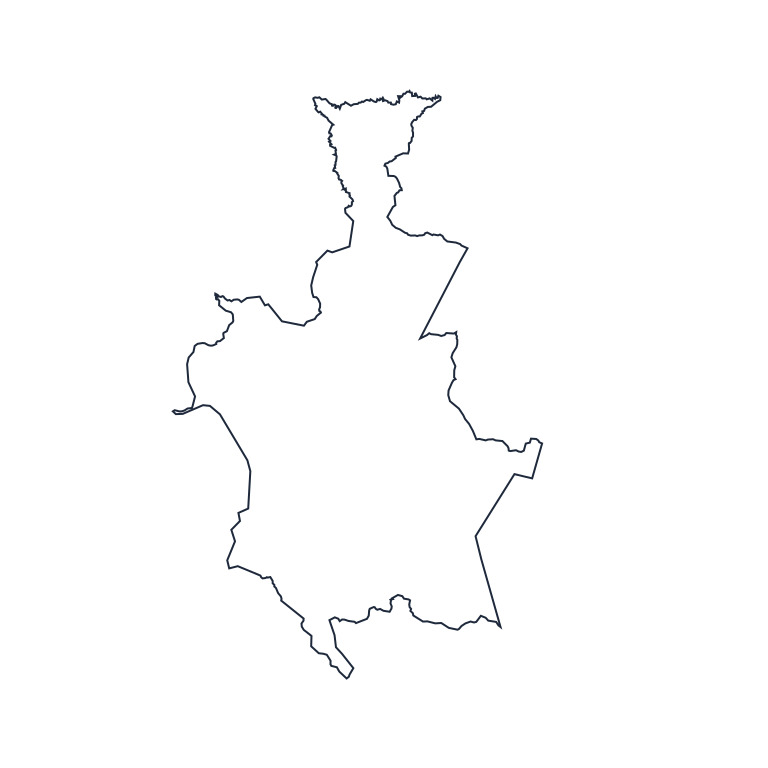 the district of Adansi Asokwa, Ashanti, Ghana, rotated 290°
{"feature_id": "2480657B45906044715427", "entity_name": "Adansi Asokwa", "entity_type": "district", "adm_level": 2, "iso_a3": "GHA", "parent_name": "Ghana", "parent_adm1": "Ashanti", "projection": "mercator", "projection_center": [-1.382, 6.167], "detail": "fine", "context": "isolated", "style": "outline", "palette": "slate", "viewbox_px": 768, "rotation_deg": 290, "n_neighbors": 0, "source": "geoboundaries", "source_scale": "gbopen_adm2", "svg_char_len": 6162}
<svg xmlns="http://www.w3.org/2000/svg" viewBox="0 0 768 768"><g transform="rotate(290 384 384)"><path d="M622.4,223.8L622.1,225.8L619.1,225.5L617.1,229.0L616.9,229.8L618.1,230.9L616.6,233.5L616.0,233.3L616.1,234.8L615.4,235.3L615.8,236.3L615.1,236.7L614.7,239.4L612.5,241.9L610.3,247.7L609.5,246.7L601.8,246.2L600.8,247.0L601.2,248.1L599.8,249.9L598.8,249.9L598.5,248.7L595.4,248.0L594.1,250.5L592.9,249.5L591.4,252.5L590.4,251.5L589.4,251.9L588.9,256.7L589.3,257.3L587.4,259.0L586.7,258.6L583.8,260.1L582.5,258.7L582.4,261.0L581.6,261.7L576.9,262.8L576.1,262.5L573.3,263.5L572.7,262.9L570.4,264.2L570.1,263.4L567.5,263.2L566.9,263.6L567.3,265.0L566.4,268.0L565.8,268.0L564.1,270.3L561.8,270.9L560.8,271.9L561.1,273.4L560.5,275.2L559.3,274.8L558.0,275.4L556.4,277.7L555.9,277.5L554.0,279.2L553.1,278.9L554.4,280.9L553.4,280.8L553.6,281.6L552.6,281.6L552.3,282.4L551.4,282.6L551.5,286.4L550.0,286.7L549.6,287.5L548.3,287.5L546.7,291.2L545.3,292.4L543.8,291.6L541.9,292.4L540.2,292.3L539.1,291.1L539.4,289.9L537.8,289.6L536.2,287.7L535.2,287.5L531.7,289.2L526.6,299.4L501.4,304.5L490.0,290.3L490.0,285.2L475.4,278.5L473.2,280.5L460.0,280.9L451.7,281.9L445.1,285.3L441.6,288.0L442.4,290.8L441.2,293.1L437.7,296.5L434.4,297.6L431.6,297.6L430.4,298.4L430.4,299.5L429.5,300.3L425.0,297.6L421.3,296.7L416.1,290.2L411.4,288.8L408.0,266.7L419.3,248.0L417.2,245.2L423.6,237.4L417.9,225.8L412.3,221.9L413.5,218.9L413.3,217.2L411.8,214.0L409.5,212.3L410.1,210.1L409.0,208.5L409.8,205.6L411.3,203.2L411.3,202.1L410.0,201.0L409.9,198.6L410.8,197.3L411.2,194.6L409.6,195.1L408.4,197.4L407.6,196.6L406.4,197.2L406.2,197.9L406.9,199.0L405.8,200.8L401.6,202.1L398.8,210.2L399.1,215.7L397.7,218.1L391.7,220.8L390.1,220.6L386.4,218.4L379.9,218.3L377.2,215.8L376.1,215.8L372.4,217.8L368.2,215.2L367.1,212.8L365.3,212.2L364.2,212.7L361.6,209.9L360.8,208.2L360.4,205.8L361.0,201.6L360.4,199.4L358.0,195.1L355.0,193.1L348.9,194.0L342.1,191.4L335.3,192.2L318.8,199.6L307.7,210.7L297.7,211.7L295.8,211.7L293.7,207.7L290.9,205.6L289.2,203.4L288.3,201.3L287.8,196.3L286.1,195.0L284.5,198.7L287.1,205.1L302.2,221.2L303.9,227.9L299.4,240.2L265.6,281.7L256.4,288.2L220.5,299.0L213.1,291.3L206.0,295.5L194.8,290.4L185.2,297.8L164.7,297.0L157.8,301.6L162.8,308.9L161.7,333.4L160.4,334.7L159.8,336.4L161.2,339.1L162.4,340.0L162.3,340.9L163.7,343.2L160.9,346.7L158.6,347.6L157.8,349.6L156.2,350.2L155.4,352.2L151.3,356.0L149.1,359.8L147.1,361.2L145.3,361.5L136.1,388.7L134.0,389.3L130.7,388.4L127.9,389.7L125.5,392.7L122.5,402.0L112.6,405.3L108.7,414.8L109.8,419.4L110.0,422.9L105.7,428.4L102.3,429.6L101.1,430.9L101.7,436.6L98.5,440.3L94.5,449.6L96.9,451.1L99.1,451.0L106.5,452.4L116.1,436.8L120.2,428.9L131.1,423.4L143.4,413.5L147.9,417.6L147.8,421.3L146.0,423.5L148.4,425.2L149.1,427.5L149.2,431.8L150.5,437.7L149.7,439.4L157.5,448.3L161.1,448.9L166.2,447.5L167.9,447.5L170.7,450.4L171.1,451.5L169.9,453.2L169.6,454.9L171.3,457.3L170.7,461.0L171.9,467.2L175.6,467.8L177.7,467.3L180.0,465.2L182.9,464.6L183.5,463.9L184.9,465.9L185.4,464.9L190.5,469.2L190.9,473.8L189.1,476.2L190.0,480.8L189.6,482.5L185.5,483.1L183.1,484.4L181.9,486.4L179.8,486.4L178.5,489.5L176.5,490.7L174.1,501.9L175.8,506.0L176.6,514.0L179.0,519.6L177.0,528.3L178.3,537.2L179.4,538.2L183.1,539.6L186.9,542.4L190.4,546.6L190.7,550.2L192.1,552.1L199.3,554.3L199.1,559.5L197.3,562.9L198.8,570.8L196.3,574.1L195.5,576.6L252.7,535.3L272.3,522.1L343.9,537.4L346.0,555.5L382.2,552.9L382.4,549.8L383.7,548.3L384.4,545.8L382.9,540.8L378.8,541.1L376.5,537.6L369.2,538.2L367.1,536.2L366.6,533.7L366.9,530.7L364.1,525.5L364.1,524.0L366.2,523.0L367.8,521.4L370.9,514.8L369.2,508.2L369.4,505.4L367.3,500.6L365.8,498.9L365.0,492.4L363.6,489.7L370.3,483.6L375.6,477.6L378.8,472.2L381.8,469.2L386.5,462.8L390.4,451.9L395.5,448.2L400.0,446.9L408.3,447.4L411.4,448.0L413.0,449.6L414.3,447.6L421.0,445.3L425.1,445.0L432.1,438.2L436.5,438.0L443.3,439.5L446.4,439.2L450.6,437.8L451.6,436.7L453.8,436.2L455.1,434.6L457.4,434.1L455.3,432.4L453.2,425.1L450.7,424.2L448.7,421.3L448.7,418.1L446.9,411.1L447.2,409.1L444.7,407.7L439.1,402.4L524.4,413.5L540.1,416.1L540.6,409.4L541.5,407.8L541.5,403.2L539.6,394.7L541.0,390.8L543.0,388.5L543.6,385.5L542.2,384.0L541.4,379.3L540.4,378.6L541.1,372.8L539.7,371.1L538.1,370.8L536.8,369.2L535.7,366.3L534.3,364.5L534.3,362.6L532.6,358.4L532.5,355.5L533.5,354.3L533.3,352.1L534.7,346.1L534.8,341.6L536.4,337.3L539.6,334.0L542.1,330.0L553.4,331.8L555.9,333.6L564.3,329.5L568.0,330.7L568.9,331.8L571.3,332.3L572.2,334.4L573.9,333.4L574.7,331.8L578.1,329.4L581.5,325.9L582.6,324.0L582.8,322.1L581.1,316.9L587.6,313.4L589.1,311.8L589.3,309.8L591.5,309.9L593.1,312.1L594.9,313.1L596.0,315.0L600.5,317.8L601.6,317.0L607.3,323.1L608.8,327.7L612.7,327.5L618.4,325.1L619.1,325.2L619.5,326.1L621.8,326.8L624.7,325.9L626.6,326.6L630.2,325.3L631.6,324.1L634.6,323.4L636.1,321.5L637.5,320.7L639.7,320.9L642.6,322.0L642.9,323.7L644.3,324.3L646.1,323.7L647.1,324.6L647.6,326.1L650.8,326.8L651.9,327.9L653.3,326.8L654.4,328.3L656.7,328.2L659.4,330.5L660.6,333.4L667.4,337.4L669.9,339.8L673.0,339.0L673.5,336.5L671.2,336.6L670.8,335.5L672.0,334.1L669.4,334.4L669.9,332.4L669.5,331.7L666.9,332.5L668.0,329.2L666.1,326.8L666.7,325.5L665.4,322.4L666.5,320.1L664.9,317.9L667.9,314.5L667.3,313.7L665.3,314.6L664.2,312.0L667.3,310.5L666.9,308.8L668.0,307.8L667.1,307.5L666.6,305.7L663.9,304.5L663.4,303.0L660.7,302.7L657.9,300.9L658.6,300.3L659.9,300.5L659.3,298.8L655.8,301.4L653.6,301.9L653.9,299.4L650.9,299.4L649.7,297.4L649.4,294.9L650.8,294.2L649.9,291.8L651.0,290.6L651.0,287.9L649.5,286.3L650.0,285.8L651.7,286.0L652.6,285.0L651.1,284.7L650.9,282.9L649.5,283.1L648.8,282.4L649.3,280.3L646.9,280.5L646.2,280.0L646.0,278.2L646.9,274.0L645.3,273.8L645.2,270.9L644.6,270.0L641.9,268.0L641.9,266.7L640.5,265.9L639.8,264.2L638.3,263.6L636.5,259.8L634.2,257.8L635.6,251.2L633.7,250.8L631.7,248.3L627.6,248.3L629.6,246.2L629.5,245.6L627.0,244.6L626.8,244.0L627.5,243.5L629.0,243.9L629.6,242.5L629.5,241.5L627.9,240.8L627.8,239.9L629.1,239.3L629.1,236.9L631.6,232.3L631.8,231.5L630.0,228.3L631.3,225.2L630.2,223.7L629.8,221.3L628.5,220.0L627.7,220.0L623.7,223.8L622.4,223.8Z" fill="none" stroke="#1e293b" stroke-width="2"/></g></svg>